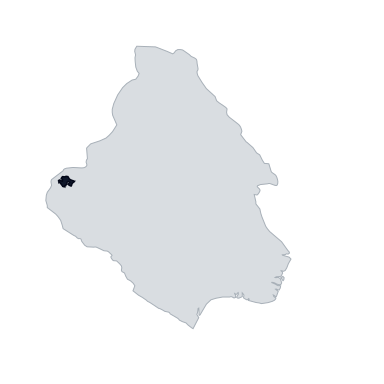 Goronyo, Sokoto, Nigeria shown in context, rotated 301°
{"feature_id": "59680162B20432910054227", "entity_name": "Goronyo", "entity_type": "district", "adm_level": 2, "iso_a3": "NGA", "parent_name": "Nigeria", "parent_adm1": "Sokoto", "projection": "equal_earth", "projection_center": [5.745, 13.352], "detail": "fine", "context": "in_parent", "style": "filled", "palette": "ink", "viewbox_px": 384, "rotation_deg": 301, "n_neighbors": 0, "source": "geoboundaries", "source_scale": "gbopen_adm2", "svg_char_len": 4773}
<svg xmlns="http://www.w3.org/2000/svg" viewBox="0 0 384 384"><g transform="rotate(301 192 192)"><path d="M288.5,69.6L297.6,86.0L299.7,98.2L300.5,104.3L301.9,105.0L304.7,105.3L306.8,106.5L308.0,108.5L308.8,110.4L308.9,111.5L308.4,118.8L307.8,121.5L308.2,125.1L308.1,126.7L307.8,127.7L306.6,128.9L304.9,130.1L300.9,133.6L299.7,134.2L298.0,134.2L296.6,135.1L294.8,137.0L291.1,144.1L288.0,151.1L285.7,162.6L282.9,166.1L282.4,169.3L282.0,176.5L281.6,178.6L281.2,179.3L278.1,180.6L276.3,182.3L275.3,185.5L274.0,196.5L273.6,198.4L272.6,200.3L271.0,202.3L269.7,203.5L266.2,204.2L262.9,212.5L262.8,214.0L261.4,221.5L258.8,227.2L258.7,230.9L255.5,235.9L253.8,239.3L255.6,242.9L255.7,243.4L250.2,249.5L249.9,250.4L249.6,254.6L249.2,255.7L248.2,257.2L246.7,258.9L245.2,260.2L243.5,261.1L241.8,261.4L240.9,260.9L240.4,259.6L239.4,254.5L238.9,253.5L237.9,252.5L233.6,246.8L231.0,244.9L230.4,245.0L230.0,245.5L229.3,248.4L228.6,249.4L227.2,249.8L224.8,249.8L223.1,249.4L222.7,248.8L221.9,246.6L216.6,251.7L214.7,252.9L212.4,258.9L209.1,262.0L206.8,264.6L200.6,272.8L199.4,275.3L198.1,278.9L195.5,294.4L191.3,304.1L190.7,306.1L189.9,307.0L188.3,306.4L187.5,304.6L186.5,304.3L184.7,301.7L184.4,302.1L186.2,308.8L185.5,311.4L180.3,311.5L175.8,312.3L172.7,312.3L171.2,311.3L170.5,308.8L170.2,309.1L170.1,310.4L169.1,311.5L165.6,311.7L164.1,309.9L162.9,308.0L161.5,307.2L161.7,308.0L163.3,309.9L163.1,312.5L160.3,315.7L158.5,315.8L157.4,314.5L156.8,312.3L156.6,309.1L155.8,307.0L155.4,307.0L155.9,310.5L155.9,313.7L157.3,316.3L155.2,317.1L152.8,317.2L152.5,316.2L152.2,314.1L151.7,313.6L151.2,317.1L146.2,318.1L145.5,318.0L145.3,317.3L145.7,316.3L145.6,314.7L144.5,316.0L144.3,318.4L143.7,318.8L141.8,318.5L139.7,317.2L136.3,314.1L132.1,309.0L131.5,306.7L130.3,303.9L128.1,296.2L128.5,295.9L129.5,296.3L129.9,295.5L128.2,295.0L127.8,294.5L127.7,292.7L127.8,290.7L130.4,289.6L131.0,288.3L131.4,287.0L128.2,289.0L125.1,286.8L124.5,285.5L124.8,284.4L128.3,284.4L129.6,283.4L128.8,283.0L127.5,283.1L127.0,282.4L127.0,280.8L126.6,281.2L126.0,282.6L124.0,283.6L122.8,282.6L122.7,280.3L122.4,279.3L121.4,278.4L117.8,272.4L113.3,267.3L109.4,263.8L103.3,262.1L90.7,262.2L90.0,261.7L90.8,260.9L91.9,260.4L96.0,257.6L95.3,257.2L91.1,259.0L89.6,259.1L87.8,262.5L75.4,263.3L75.4,261.7L75.9,257.3L76.7,254.2L75.9,250.4L75.7,247.1L76.2,246.0L76.4,244.7L76.3,236.1L77.0,234.8L77.0,233.9L75.7,230.2L75.7,227.4L75.5,224.6L75.1,223.4L75.6,212.8L75.4,210.2L75.8,208.3L76.1,203.8L76.0,199.3L76.9,192.3L82.2,191.3L83.5,188.6L84.2,185.1L84.0,181.6L85.7,178.6L87.8,175.9L87.7,173.0L88.3,172.0L89.3,171.4L90.7,171.0L92.3,169.6L93.2,167.0L94.1,162.9L92.7,160.0L92.7,159.4L93.3,157.8L94.1,156.3L94.8,155.8L96.3,156.2L96.8,155.6L97.8,151.1L97.7,149.8L96.3,146.8L95.5,138.6L95.1,137.5L94.0,136.0L91.0,130.3L91.1,127.5L92.4,124.1L93.2,122.4L94.3,121.4L94.5,120.6L94.2,119.6L93.6,118.9L93.5,117.3L94.1,115.1L93.9,112.7L94.2,100.4L96.6,98.0L100.1,94.0L101.9,89.8L102.9,86.6L104.1,76.0L105.9,74.9L109.4,71.1L114.2,68.8L117.3,68.1L122.7,68.6L125.4,68.2L127.8,66.1L128.8,65.5L130.3,65.2L143.8,70.6L145.0,70.4L146.1,70.8L147.8,72.2L151.7,77.3L155.9,85.2L157.2,86.9L158.5,87.8L159.8,88.2L160.9,88.1L161.8,87.3L163.1,85.8L165.1,85.1L166.7,85.2L175.1,79.2L175.9,79.1L181.1,80.4L188.2,86.5L193.9,90.5L198.0,91.8L202.8,92.8L210.8,93.0L216.9,84.5L219.2,82.6L221.9,81.0L227.6,79.4L237.0,78.3L245.8,78.8L251.3,80.2L257.1,83.0L259.7,85.7L263.6,86.1L266.4,85.6L267.3,83.0L270.1,79.5L274.3,76.3L277.7,74.0L280.5,73.0L283.0,70.5L285.0,69.6L288.5,69.6ZM166.0,315.1L164.0,315.9L162.8,315.7L164.5,312.2L165.4,313.0L166.5,313.3L166.0,315.1Z" fill="#d9dde1" stroke="#a8b0b8" stroke-width="1"/><path d="M138.6,73.2L138.3,73.0L137.8,73.1L137.5,73.1L137.3,73.1L137.0,73.0L137.0,72.9L136.7,72.9L136.3,72.9L136.2,73.4L136.1,73.8L135.8,74.3L135.9,74.6L135.8,74.8L135.7,74.9L135.2,74.9L134.4,75.4L134.3,75.2L134.4,74.9L134.4,74.5L134.0,73.7L133.9,72.7L134.1,72.7L134.3,72.5L134.2,72.4L133.9,72.2L133.6,72.1L133.4,72.0L133.3,71.8L133.2,71.8L133.1,72.0L132.9,72.1L132.7,72.0L132.5,72.5L132.4,72.6L132.1,72.7L131.4,73.1L131.7,73.4L131.9,74.0L131.9,74.8L131.6,75.1L131.5,75.4L131.1,76.2L130.6,77.7L130.2,78.2L130.4,79.2L130.6,79.5L130.9,79.9L130.9,80.0L131.0,79.9L131.2,79.7L131.4,79.8L132.2,80.5L132.6,80.4L132.6,80.1L133.1,80.4L134.6,80.5L135.4,80.1L135.8,80.0L136.4,79.9L137.3,80.4L137.5,82.3L136.7,82.2L135.8,82.0L135.2,82.0L134.8,81.8L134.7,82.4L134.8,82.4L134.5,83.2L134.8,85.3L135.6,85.3L136.0,85.3L136.4,85.1L137.4,84.9L138.3,85.1L138.5,85.1L139.1,85.3L140.2,85.8L140.7,85.8L140.6,85.6L140.5,85.3L140.4,85.2L140.5,85.0L140.5,84.9L140.5,84.6L140.5,84.4L140.2,83.3L139.9,81.4L140.1,79.8L140.8,78.7L141.3,77.7L141.2,77.5L141.0,76.9L140.9,76.6L140.4,75.8L139.9,75.4L139.5,75.3L138.6,73.2Z" fill="#0f172a" stroke="#020617" stroke-width="1.5"/></g></svg>